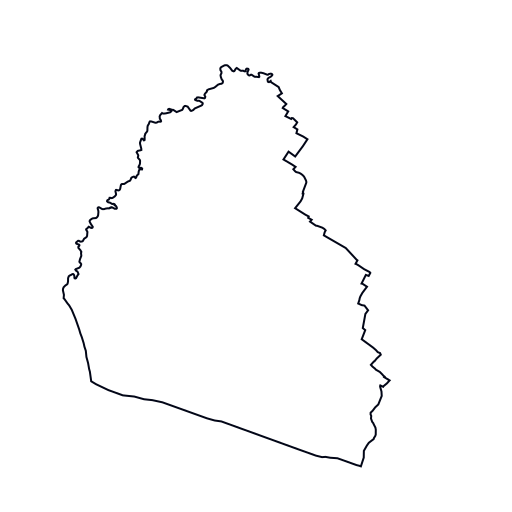 outline of Palmar De Varela, Atlántico, Colombia, rotated 110°
{"feature_id": "7082276B56269884010814", "entity_name": "Palmar De Varela", "entity_type": "district", "adm_level": 2, "iso_a3": "COL", "parent_name": "Colombia", "parent_adm1": "Atlántico", "projection": "robinson", "projection_center": [-74.784, 10.7], "detail": "fine", "context": "isolated", "style": "outline", "palette": "ink", "viewbox_px": 512, "rotation_deg": 110, "n_neighbors": 0, "source": "geoboundaries", "source_scale": "gbopen_adm2", "svg_char_len": 6042}
<svg xmlns="http://www.w3.org/2000/svg" viewBox="0 0 512 512"><g transform="rotate(110 256 256)"><path d="M417.8,85.5L408.6,85.8L402.2,88.0L396.3,87.0L392.9,86.1L387.7,82.8L386.5,82.9L384.5,82.4L382.9,82.4L378.3,84.0L376.4,85.1L373.8,87.9L373.0,88.6L372.1,90.1L369.8,92.0L369.3,92.4L366.9,93.0L365.6,94.2L364.0,94.7L361.6,93.5L357.4,92.2L353.7,90.3L344.5,90.0L340.5,91.7L336.6,94.5L335.8,94.9L335.1,94.9L335.4,91.8L334.8,91.7L330.9,89.4L327.2,87.9L326.0,94.1L325.4,93.9L324.9,95.4L324.1,96.8L322.6,100.0L321.8,104.6L321.2,105.5L320.1,108.7L319.0,110.8L314.7,109.1L314.5,108.7L311.0,107.5L306.1,105.0L304.8,106.2L304.7,108.7L303.4,111.1L302.0,114.7L298.1,128.2L288.3,128.0L287.2,131.0L273.0,133.4L268.7,132.1L265.5,137.1L266.0,139.8L265.7,143.7L262.0,143.8L260.3,144.1L258.3,144.1L254.1,143.4L246.9,141.2L245.7,146.3L245.8,147.4L236.2,146.3L236.2,143.3L232.8,142.8L232.2,143.8L231.4,149.9L229.9,155.7L229.4,158.1L229.3,159.8L225.4,159.2L225.1,160.2L217.8,174.4L213.4,199.3L210.3,199.6L208.1,199.3L207.2,201.1L206.7,203.3L206.7,208.7L207.0,210.1L205.2,217.0L202.9,216.1L202.3,220.0L200.8,220.0L200.3,223.7L197.7,235.6L189.4,232.8L186.1,232.3L181.4,232.7L181.4,233.5L179.9,233.5L179.7,233.9L170.0,233.8L169.2,234.0L168.0,234.8L165.5,237.4L164.8,238.3L163.9,240.2L163.3,242.3L163.1,244.2L163.4,247.0L163.0,248.2L161.7,250.6L158.7,249.3L157.7,253.5L155.9,263.2L146.8,261.1L149.1,253.2L136.7,249.5L128.7,247.6L127.6,252.5L126.8,260.0L122.9,260.4L122.0,264.7L118.6,263.4L116.3,263.0L113.9,268.3L114.1,269.5L115.2,269.8L114.5,276.2L109.1,275.2L107.8,281.5L106.5,281.3L105.0,280.4L102.8,279.5L98.3,290.3L94.3,287.3L91.8,290.4L89.5,292.5L87.5,301.3L86.5,302.1L88.1,303.1L88.3,303.8L88.1,304.5L86.2,305.6L85.5,305.6L84.3,305.1L82.5,303.5L81.8,303.1L80.6,302.6L80.1,302.6L79.7,303.0L79.5,303.8L79.7,304.7L80.6,306.1L81.5,306.7L81.8,307.4L81.7,311.5L82.0,314.1L82.7,315.5L83.1,315.9L83.6,316.0L85.8,314.5L86.4,314.2L86.9,314.4L87.5,317.2L87.9,318.0L88.0,318.8L87.2,322.1L87.3,322.7L88.5,323.7L88.7,324.3L88.4,325.4L87.8,326.3L87.2,326.6L86.0,326.9L83.9,326.7L83.2,326.8L82.8,327.3L82.8,327.8L83.2,328.9L83.8,329.2L84.5,329.3L85.8,329.0L86.3,329.5L86.4,330.3L86.3,331.6L87.1,333.4L87.1,334.1L85.9,338.4L87.0,339.1L89.6,339.6L90.1,340.1L90.1,341.6L88.1,344.7L86.8,347.6L86.7,348.5L87.0,349.6L87.6,350.8L90.4,353.3L91.6,353.7L92.2,353.6L93.5,353.0L94.7,351.5L95.4,351.2L96.0,351.0L97.7,351.2L98.4,351.1L99.9,350.2L101.9,348.5L102.5,347.3L103.6,346.6L104.9,346.6L105.9,347.3L106.7,348.8L108.0,350.3L111.1,352.1L112.5,353.2L115.5,357.4L116.7,358.5L117.2,358.7L118.3,358.4L120.8,359.4L121.9,359.6L122.4,359.5L123.7,358.1L124.9,358.0L125.5,358.4L126.7,364.6L127.0,365.2L127.3,365.7L128.2,365.8L129.5,366.8L129.9,366.8L130.2,366.4L130.2,364.1L129.6,362.7L129.6,362.0L130.3,359.0L130.5,358.5L131.2,358.1L132.6,358.3L133.2,358.7L138.3,364.0L140.3,364.9L141.7,366.3L141.9,366.8L141.8,367.3L139.0,371.3L139.1,373.5L139.4,374.3L140.7,375.0L143.0,375.1L143.9,375.3L147.9,379.8L147.0,383.7L147.3,384.8L147.4,387.9L147.7,388.3L148.2,388.7L148.5,388.7L148.1,386.1L148.3,385.3L148.9,385.0L150.4,385.9L152.8,389.5L153.7,391.3L154.0,392.6L153.8,393.2L156.3,394.2L157.8,394.3L159.9,393.3L160.9,391.9L161.8,391.3L162.4,391.5L163.1,393.6L163.9,394.4L164.6,394.9L165.2,396.1L165.4,400.5L165.8,401.7L166.5,401.9L168.9,401.9L170.4,402.3L171.9,402.1L175.2,401.0L175.9,400.9L176.5,401.0L178.1,401.6L179.4,401.9L179.8,401.7L181.4,401.7L184.6,400.5L185.3,400.4L185.7,400.9L184.6,402.8L184.7,403.4L185.0,403.8L189.0,403.8L190.1,403.4L194.4,400.5L195.6,400.0L196.1,400.6L197.6,403.0L198.9,403.6L199.3,403.7L201.5,401.2L202.1,400.9L203.7,400.8L204.2,400.4L205.2,398.5L205.7,397.8L206.4,397.4L209.0,396.6L210.3,396.6L212.1,396.9L212.8,396.7L213.1,396.0L212.4,394.1L212.7,392.9L213.6,392.7L214.2,394.4L214.6,395.0L215.3,395.2L216.9,395.1L219.2,394.5L221.3,395.5L223.3,395.5L223.9,395.8L223.8,396.4L223.3,396.9L223.1,397.5L223.3,398.2L223.8,398.7L224.8,399.7L225.3,399.9L227.1,399.9L228.4,400.2L229.9,401.9L233.3,404.4L234.3,406.7L234.7,407.0L235.6,407.2L239.4,406.6L240.3,406.7L241.0,407.1L241.5,407.8L241.6,409.7L241.8,410.2L242.4,410.3L243.3,410.2L245.8,408.6L246.6,408.5L248.3,409.1L250.4,410.6L250.7,411.0L251.1,411.8L251.1,412.6L251.4,413.5L252.5,413.4L253.2,413.6L254.4,414.7L255.0,414.8L255.6,414.6L256.1,413.2L255.8,411.7L256.3,408.9L255.7,407.7L255.7,406.9L255.9,406.3L256.7,406.2L256.8,404.9L257.8,403.6L258.6,403.1L259.3,403.3L259.9,404.8L259.5,408.2L259.8,408.9L260.5,409.0L260.8,410.0L261.5,410.3L262.0,411.9L263.0,413.7L263.8,414.6L264.4,416.1L264.5,416.6L263.9,420.0L264.1,420.7L264.6,421.1L265.1,421.2L265.6,421.0L267.2,419.8L268.6,419.1L271.7,418.3L272.8,418.3L274.1,418.7L275.1,419.4L276.4,422.2L277.4,423.2L279.3,424.3L279.9,424.3L280.4,424.2L282.1,422.5L284.4,419.4L285.1,419.3L285.8,419.8L286.0,420.6L285.7,423.2L287.7,424.0L288.7,424.7L289.2,424.7L289.6,424.4L290.7,422.9L291.2,422.6L294.9,421.6L296.0,421.7L296.6,422.0L298.5,423.4L301.3,423.9L301.9,424.5L302.6,426.0L302.3,427.7L302.6,428.4L304.7,429.6L305.3,429.6L305.8,429.0L305.9,428.2L305.8,426.3L306.2,425.6L306.9,425.6L308.2,426.1L309.1,425.7L310.6,423.0L311.9,421.5L312.9,421.5L315.6,420.2L319.2,420.3L321.8,420.0L322.3,419.5L322.8,418.2L323.4,417.5L324.2,417.3L325.9,417.4L327.4,418.0L330.0,420.9L330.6,421.1L331.4,420.0L331.6,418.7L332.0,418.1L333.7,416.6L335.3,417.1L338.4,417.5L338.9,418.0L339.0,418.8L338.6,419.2L337.2,419.7L336.1,420.5L335.7,421.0L335.5,421.8L336.0,422.5L337.0,423.3L338.1,424.4L339.1,425.0L341.1,425.0L344.3,423.9L346.5,423.6L347.2,423.8L349.0,425.1L351.2,426.1L353.0,426.1L354.3,425.7L358.2,423.2L361.5,422.3L361.9,421.4L365.1,416.8L366.3,414.7L369.6,410.7L376.8,404.1L385.5,397.0L388.8,394.6L391.9,391.9L396.9,388.1L399.9,386.2L403.3,383.5L408.9,380.8L414.0,377.2L419.2,374.2L421.6,372.5L430.1,368.0L431.2,362.4L432.5,348.9L432.5,333.5L429.7,322.3L428.9,312.2L426.9,304.1L425.5,293.9L425.3,246.5L424.7,238.5L423.3,232.0L423.2,150.7L423.1,131.4L422.4,125.1L421.0,122.0L420.2,117.3L418.2,110.3L418.1,90.1L417.8,87.2L417.8,85.5Z" fill="none" stroke="#020617" stroke-width="2"/></g></svg>